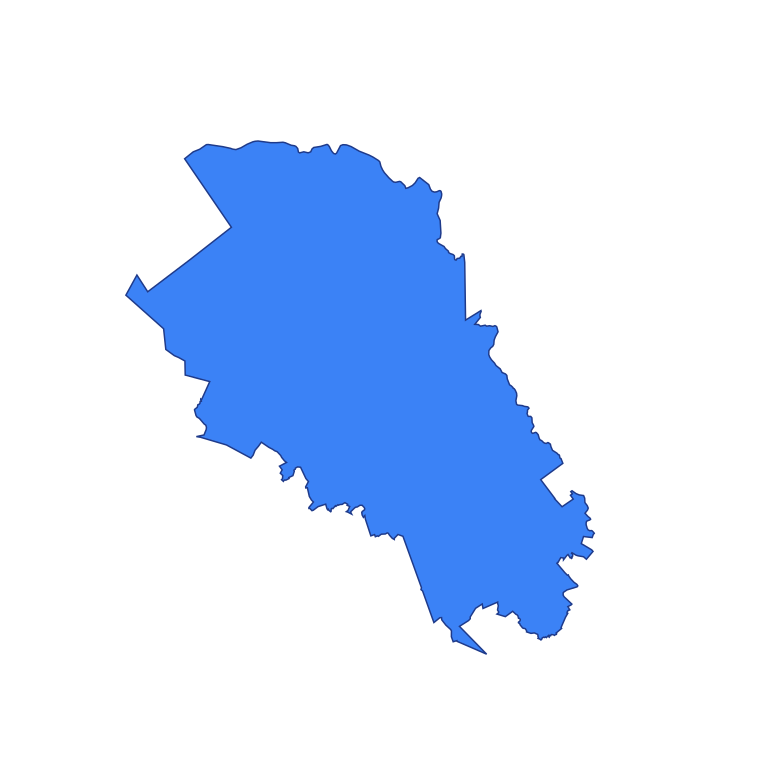 Nacajuca, Tabasco, Mexico (Natural Earth projection), rotated 317°
{"feature_id": "50627088B18238703345700", "entity_name": "Nacajuca", "entity_type": "district", "adm_level": 2, "iso_a3": "MEX", "parent_name": "Mexico", "parent_adm1": "Tabasco", "projection": "natural_earth1", "projection_center": [-92.932, 18.178], "detail": "fine", "context": "isolated", "style": "filled", "palette": "blue", "viewbox_px": 768, "rotation_deg": 317, "n_neighbors": 0, "source": "geoboundaries", "source_scale": "gbopen_adm2", "svg_char_len": 6166}
<svg xmlns="http://www.w3.org/2000/svg" viewBox="0 0 768 768"><g transform="rotate(317 384 384)"><path d="M475.0,138.3L470.1,134.3L465.6,130.1L457.6,120.4L455.3,118.6L453.4,117.5L447.4,115.3L440.5,113.7L435.6,111.6L433.5,109.0L432.5,107.0L427.9,100.4L418.7,88.9L417.3,87.8L409.3,86.6L402.8,84.1L391.8,83.3L379.3,165.3L326.3,160.7L274.1,155.4L277.6,135.8L255.8,143.0L260.5,193.3L248.0,209.9L250.0,220.3L251.9,224.6L254.1,231.4L244.7,241.9L258.2,263.4L240.0,271.0L239.8,270.0L239.2,270.5L238.6,272.0L237.6,271.4L236.2,272.6L235.3,272.8L233.8,272.2L231.5,273.7L228.5,273.4L227.8,273.6L225.1,278.7L224.7,280.4L225.5,283.3L225.2,290.7L225.6,292.6L224.6,294.6L223.0,296.0L217.6,298.5L210.9,294.5L213.4,297.7L227.2,321.1L236.1,347.4L239.8,346.8L244.5,344.5L249.7,343.9L254.6,342.9L256.6,351.8L258.1,356.1L258.5,358.2L259.7,360.7L259.7,365.8L259.1,367.9L258.8,372.2L259.2,374.9L251.5,372.8L251.0,377.3L247.3,378.5L247.5,381.9L245.2,384.0L243.8,384.1L244.0,386.6L245.5,386.2L246.7,387.4L250.1,388.4L250.6,387.5L254.9,388.9L258.8,386.7L259.3,385.6L261.0,385.8L261.8,385.1L264.3,385.7L266.2,388.0L262.4,399.9L262.2,403.8L256.5,405.8L255.9,406.7L257.2,407.6L252.7,415.3L251.8,419.4L251.9,422.2L244.9,423.1L244.2,423.8L244.9,424.4L244.9,427.5L246.2,428.1L252.1,428.7L259.4,432.1L257.3,436.2L257.0,437.5L257.9,437.6L257.5,438.7L257.9,441.1L258.3,441.1L260.2,439.4L261.2,439.5L261.6,440.3L265.4,439.9L265.4,440.7L267.9,440.9L268.0,441.5L269.7,442.2L271.3,443.5L274.5,444.1L275.4,447.2L274.3,447.5L275.4,450.2L271.5,451.9L269.4,451.7L270.1,452.9L271.6,457.1L272.2,455.1L272.8,454.7L277.7,454.6L279.1,454.7L280.6,455.7L283.7,456.3L285.3,457.8L285.3,460.9L284.9,462.0L284.0,462.7L281.1,462.4L280.1,462.8L278.7,464.8L278.0,467.5L280.2,467.2L278.2,470.2L270.8,486.1L274.4,487.7L273.5,489.8L275.6,490.6L276.0,491.6L279.6,492.0L282.7,494.6L284.8,495.1L285.3,496.1L284.9,498.4L284.8,502.5L285.5,504.7L286.2,503.9L291.6,503.6L294.0,508.3L272.5,558.5L270.8,559.6L271.1,561.6L257.8,592.5L265.4,593.0L266.8,594.1L265.4,595.8L264.8,602.5L265.3,608.9L265.0,610.5L260.9,614.8L258.8,619.7L262.3,621.4L261.9,622.0L274.8,651.6L273.9,612.7L284.5,614.7L287.0,614.5L288.1,613.2L298.0,610.5L305.8,611.9L303.3,615.7L318.4,621.0L317.5,621.9L316.4,624.1L312.9,626.7L312.4,629.0L311.8,629.4L309.7,629.3L314.1,636.9L323.1,638.0L323.4,642.4L323.8,643.2L323.9,644.7L322.6,647.1L323.2,647.7L323.1,649.1L322.8,649.5L321.7,650.0L319.9,649.9L319.5,650.3L319.8,652.1L319.3,652.9L319.0,656.7L319.2,657.6L320.3,659.0L320.4,659.8L319.9,661.9L319.2,662.5L321.4,666.6L324.2,668.6L325.6,671.9L325.2,672.9L324.6,673.3L324.2,674.6L323.1,675.0L324.0,676.9L324.2,678.2L325.1,678.3L326.6,677.6L328.2,678.1L328.5,678.9L329.6,679.1L329.8,680.2L331.8,680.1L332.2,681.7L332.8,681.1L332.5,681.1L332.7,680.5L333.1,680.2L334.1,681.8L335.4,681.3L335.7,681.5L336.9,683.0L337.2,684.1L338.5,684.2L339.3,684.7L340.0,684.3L340.1,683.5L347.2,683.9L347.3,683.0L348.2,682.5L357.6,678.4L361.8,677.1L361.4,676.7L362.0,676.0L363.5,675.2L365.9,675.9L366.1,675.1L365.9,674.6L366.4,673.8L366.6,672.2L370.3,673.2L371.3,673.1L370.6,662.5L371.0,660.7L372.5,659.0L373.6,658.8L377.4,659.4L386.6,663.9L387.4,664.1L388.2,663.6L388.4,661.9L387.7,658.5L387.7,653.7L388.1,650.6L388.6,649.3L387.7,648.9L387.6,645.2L388.2,633.0L389.4,632.9L389.6,633.2L394.9,631.5L396.6,633.7L395.4,635.0L400.8,634.1L402.3,634.2L401.6,638.1L402.0,638.3L402.2,639.5L402.9,639.4L402.9,638.9L403.5,638.8L403.5,638.5L404.5,638.6L405.0,638.2L406.0,636.8L405.7,635.8L406.4,635.6L407.7,640.2L408.8,642.1L412.1,646.4L412.5,650.2L422.7,649.0L422.8,646.9L419.4,635.3L425.9,631.6L431.5,638.3L434.6,636.7L435.9,636.7L436.1,636.0L436.1,633.4L435.7,632.6L434.4,631.6L433.8,629.8L434.2,628.1L435.8,624.9L437.0,623.5L438.4,622.6L439.5,622.8L441.8,623.8L442.9,623.8L443.2,622.7L442.8,619.8L442.9,615.6L446.8,615.0L448.5,614.2L448.9,613.7L449.7,611.5L450.1,607.7L452.9,604.4L453.9,601.7L451.1,598.2L449.7,595.1L448.7,590.3L447.2,590.1L446.9,592.8L444.5,592.5L443.9,597.2L430.5,595.2L430.5,584.3L430.9,584.3L433.4,560.8L460.7,564.0L462.6,559.2L462.2,558.1L463.6,555.9L463.7,555.0L463.3,554.5L463.3,552.5L462.0,547.4L463.4,543.6L464.7,541.4L464.2,540.0L464.4,539.5L463.9,538.6L462.1,538.1L461.2,536.9L460.8,535.6L460.7,533.0L460.0,531.1L460.6,529.3L462.2,526.2L462.3,523.5L461.8,522.7L459.2,521.6L458.8,520.6L459.1,519.3L460.2,518.4L464.6,517.3L465.2,516.3L466.0,513.3L469.1,509.6L469.2,507.8L467.5,506.1L467.5,505.4L468.6,503.0L469.5,502.6L471.2,500.9L473.5,500.6L473.6,500.2L473.7,499.4L473.3,498.4L471.4,496.1L470.5,494.2L467.4,490.6L467.1,489.3L469.0,486.2L473.1,483.2L474.7,481.1L475.8,477.9L476.0,476.2L475.6,475.2L475.9,474.5L475.8,472.2L475.3,470.2L477.6,464.4L479.7,461.5L479.7,459.5L478.2,456.1L479.3,452.2L478.5,446.9L479.1,444.1L479.1,439.6L479.7,436.3L480.7,433.9L483.5,431.1L486.6,430.4L489.2,430.6L491.3,429.9L494.5,427.0L497.7,425.4L503.0,423.6L505.4,419.2L505.4,418.2L504.9,417.0L502.9,416.2L501.0,413.4L498.5,411.7L498.1,410.0L494.0,407.5L493.6,404.9L491.1,402.3L499.9,401.0L500.5,399.7L501.8,398.4L504.5,397.2L505.0,396.4L487.2,392.9L526.0,350.1L530.6,343.9L530.7,343.3L529.9,342.3L528.0,343.8L527.3,343.1L525.2,343.6L523.1,342.1L521.4,342.6L520.7,341.9L520.8,340.8L522.9,338.2L522.9,337.3L522.8,336.4L521.4,333.8L520.9,331.9L521.7,330.8L521.3,326.8L521.7,324.4L519.9,318.8L519.7,317.0L520.2,315.7L521.4,314.7L524.1,315.5L525.0,315.4L528.5,312.5L536.6,302.7L539.0,295.7L543.9,292.6L548.2,288.7L552.6,286.9L554.5,285.6L555.8,284.4L557.1,282.0L556.9,280.9L556.3,280.3L553.7,279.4L551.8,278.1L550.6,275.9L550.8,273.3L552.7,268.7L550.9,257.3L549.2,256.8L544.0,258.1L540.1,258.2L535.4,256.9L533.4,255.8L534.5,253.1L534.2,247.5L533.5,246.4L530.1,244.5L528.8,242.8L528.5,241.3L528.2,236.4L528.4,229.7L529.0,226.4L530.2,222.7L532.4,218.7L532.4,216.9L530.7,210.5L529.2,206.4L524.7,196.9L521.9,188.0L520.2,184.6L519.5,183.4L517.2,181.0L514.8,180.0L506.8,182.8L505.4,182.7L504.5,181.4L504.4,180.1L504.6,177.6L506.0,172.9L506.1,170.8L505.7,169.9L499.7,167.0L493.9,163.1L491.7,163.0L488.8,164.2L486.8,163.5L486.0,162.9L483.7,159.5L479.9,157.4L479.6,156.0L481.5,152.9L481.6,150.1L481.0,148.7L478.9,146.0L476.3,140.2L475.0,138.3Z" fill="#3b82f6" stroke="#1e3a8a" stroke-width="1.5"/></g></svg>